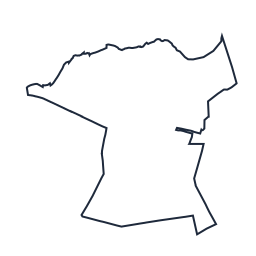 outline of Valdemārpils, Talsi, Latvia, rotated 275°
{"feature_id": "27541924B46742916089705", "entity_name": "Valdemārpils", "entity_type": "district", "adm_level": 2, "iso_a3": "LVA", "parent_name": "Latvia", "parent_adm1": "Talsi", "projection": "equal_earth", "projection_center": [22.597, 57.372], "detail": "fine", "context": "isolated", "style": "outline", "palette": "slate", "viewbox_px": 256, "rotation_deg": 275, "n_neighbors": 0, "source": "geoboundaries", "source_scale": "gbopen_adm2", "svg_char_len": 4165}
<svg xmlns="http://www.w3.org/2000/svg" viewBox="0 0 256 256"><g transform="rotate(275 128 128)"><path d="M129.4,196.8L128.8,200.4L132.5,201.2L132.1,201.5L132.4,202.7L134.1,204.1L142.6,203.5L146.2,207.0L146.3,207.4L161.5,205.4L169.8,214.3L174.3,219.7L174.7,220.3L174.9,223.6L176.9,226.7L177.8,227.9L181.9,232.3L182.1,232.3L182.3,232.2L182.8,232.0L197.6,226.4L227.9,213.6L225.5,213.2L222.5,213.4L212.2,206.3L205.2,197.1L202.0,186.9L201.7,181.9L203.6,178.5L208.7,173.1L209.7,169.9L210.6,169.3L212.1,168.4L213.1,166.6L214.2,165.2L215.9,164.3L217.8,161.5L218.7,159.9L218.8,156.8L217.8,155.5L217.5,154.4L218.2,152.8L219.1,152.1L219.2,150.1L218.7,148.6L216.9,146.9L216.1,146.2L215.9,145.3L214.6,142.5L213.5,140.7L214.6,139.2L214.4,139.0L213.4,137.9L210.5,136.0L209.8,134.5L209.8,133.5L210.2,133.3L209.9,132.8L210.2,132.4L210.1,131.2L209.5,130.3L209.0,129.1L208.4,126.8L208.1,125.8L208.0,124.0L208.1,123.0L208.0,121.5L207.5,120.2L206.8,117.8L206.3,117.3L206.1,116.9L205.8,116.4L205.5,115.5L205.1,115.2L205.2,114.6L205.8,112.7L206.0,111.9L207.2,110.8L208.5,108.0L208.9,106.3L209.0,105.4L209.4,102.1L209.5,101.5L209.4,100.7L208.9,99.4L205.9,99.6L203.7,95.6L203.2,94.4L202.4,93.0L201.6,91.6L200.9,90.1L200.2,88.6L199.7,87.1L199.0,85.5L198.3,84.0L197.1,83.4L199.1,82.5L198.9,82.2L198.9,81.8L199.1,81.3L199.1,81.1L199.2,80.9L199.1,80.7L198.9,80.5L198.9,80.4L198.7,80.2L198.5,79.9L198.5,79.7L198.4,79.5L198.4,79.4L198.3,79.2L198.3,78.9L198.2,78.8L198.2,78.7L198.2,78.3L198.2,78.2L198.1,77.9L198.1,77.7L198.1,77.4L198.6,77.3L199.0,77.3L199.3,77.3L197.9,75.8L197.6,75.5L197.1,75.4L196.1,73.5L195.9,73.1L196.0,72.7L195.7,71.2L195.9,69.3L195.1,67.6L193.4,67.0L192.9,66.9L192.6,66.5L192.2,66.0L192.1,65.9L191.8,66.0L189.8,64.7L187.9,63.5L189.0,63.3L187.9,60.7L185.5,58.7L181.6,57.5L178.2,55.8L174.8,54.3L171.5,52.6L170.2,51.8L168.8,51.1L167.4,50.3L166.0,49.5L165.4,48.9L164.7,48.4L164.2,47.8L163.6,47.1L165.7,46.3L165.6,46.2L165.3,45.8L165.0,45.5L164.7,45.2L164.4,44.9L164.1,44.5L163.9,44.2L163.8,43.8L163.7,43.4L163.6,43.0L163.5,42.6L163.4,42.3L163.3,41.9L163.2,41.5L163.2,41.1L163.2,40.7L163.2,40.3L163.3,40.0L163.3,39.7L161.4,39.5L162.8,36.5L163.9,33.9L164.0,33.5L163.9,33.2L163.9,32.7L163.9,32.4L163.8,32.2L163.6,31.3L163.5,30.9L163.4,30.6L163.2,30.2L163.2,29.8L163.0,29.5L162.9,29.1L162.8,28.8L162.6,28.4L162.5,28.0L162.3,27.7L162.2,27.3L162.0,27.0L161.8,26.6L161.6,26.3L161.4,25.9L160.9,25.3L160.7,24.9L160.5,24.6L160.2,24.3L159.9,24.1L159.5,23.8L159.3,23.7L152.2,25.5L152.2,26.2L152.1,26.5L152.1,26.8L152.1,27.1L152.1,27.4L152.1,27.7L152.1,28.0L152.1,28.3L152.1,28.6L152.0,28.9L152.0,29.2L152.0,29.5L152.0,29.8L152.0,30.1L151.9,30.4L151.9,30.7L151.8,31.0L151.8,31.3L151.8,31.6L151.7,31.9L151.6,32.2L151.6,32.5L151.5,32.8L151.5,33.1L151.4,33.4L151.4,33.7L151.4,34.0L151.3,34.3L151.3,34.6L151.2,35.2L151.1,35.8L150.9,36.9L150.7,38.1L150.6,38.4L150.5,38.8L150.5,39.2L150.4,39.6L150.3,40.0L150.2,40.4L150.1,40.7L150.0,41.1L149.9,41.5L149.7,41.9L149.6,42.2L149.4,42.6L149.3,43.0L149.2,43.4L149.0,43.8L148.9,44.1L148.8,44.5L148.6,44.9L148.5,45.3L148.3,45.6L148.2,46.0L148.1,46.4L147.9,46.8L147.8,47.1L147.7,47.5L147.5,47.9L147.4,48.3L147.2,48.6L147.1,49.0L147.0,49.4L146.9,49.7L139.4,69.8L139.6,69.8L135.5,81.1L135.3,81.0L132.1,89.8L131.8,90.7L129.0,98.0L127.4,102.4L126.1,106.6L123.4,106.4L119.2,106.0L115.3,105.3L102.9,104.1L101.2,104.2L100.4,104.3L100.3,104.1L92.8,105.8L92.6,105.8L88.7,106.4L80.1,107.8L76.0,106.0L57.1,98.6L55.6,97.9L49.6,95.2L46.1,93.6L44.5,92.8L37.3,89.3L35.9,90.3L35.6,92.0L34.8,96.8L33.0,107.0L32.6,109.6L32.5,110.6L32.2,112.5L29.9,125.5L29.2,130.1L33.5,146.9L33.6,147.2L34.8,152.1L35.1,153.3L35.4,154.3L38.9,168.5L44.3,191.8L44.4,192.4L46.4,200.3L28.1,206.1L28.6,206.8L29.3,207.8L33.3,213.3L34.6,215.1L39.9,224.1L46.6,219.6L50.7,216.8L52.1,215.9L54.4,214.5L54.7,214.3L58.8,211.9L76.5,200.4L77.4,200.3L77.5,200.2L78.7,199.8L83.5,198.3L95.3,200.6L101.6,201.8L111.5,203.7L118.7,204.7L117.5,190.4L117.7,190.5L120.8,191.3L124.5,192.4L128.0,192.6L129.3,185.6L129.8,183.6L130.2,180.6L130.0,178.1L130.3,176.1L132.4,176.8L132.2,178.9L132.0,181.2L131.3,186.1L130.8,190.7L130.4,192.6L130.2,192.6L129.4,196.8Z" fill="none" stroke="#1e293b" stroke-width="2"/></g></svg>